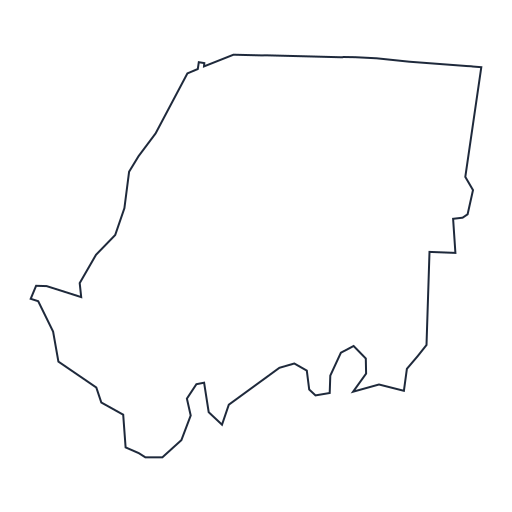 outline of Sumner, Tennessee, United States of America
{"feature_id": "52423323B49369040245103", "entity_name": "Sumner", "entity_type": "district", "adm_level": 2, "iso_a3": "USA", "parent_name": "United States of America", "parent_adm1": "Tennessee", "projection": "robinson", "projection_center": [-86.465, 36.449], "detail": "fine", "context": "isolated", "style": "outline", "palette": "slate", "viewbox_px": 512, "rotation_deg": 0, "n_neighbors": 0, "source": "geoboundaries", "source_scale": "gbopen_adm2", "svg_char_len": 984}
<svg xmlns="http://www.w3.org/2000/svg" viewBox="0 0 512 512"><path d="M481.3,67.2L472.5,66.5L472.3,66.4L470.1,66.2L467.6,66.1L409.2,61.7L376.7,58.3L355.4,57.2L343.3,57.0L342.3,57.3L312.5,56.5L265.7,55.3L262.6,55.4L261.6,55.4L233.5,54.7L204.0,66.4L204.3,63.1L198.8,62.2L197.8,69.0L187.4,73.4L155.6,133.4L138.6,156.1L129.1,171.7L124.4,208.2L115.2,235.0L96.0,254.8L79.7,283.1L81.2,297.1L46.6,286.1L36.1,285.8L30.7,298.8L38.2,301.2L53.1,331.6L58.4,361.6L96.3,387.5L101.3,402.5L123.2,414.7L125.6,447.4L138.9,453.2L145.3,457.3L162.4,457.3L181.4,440.1L190.7,415.5L186.9,398.6L196.4,384.2L204.1,382.7L208.7,412.2L222.0,424.7L228.8,404.7L279.4,367.8L294.3,363.5L306.8,370.6L309.2,389.5L315.5,395.4L329.7,393.0L330.3,375.6L340.9,352.7L353.6,346.0L365.8,358.5L366.1,373.6L353.1,391.7L379.0,384.5L403.9,390.8L406.9,368.8L417.7,356.1L426.5,345.0L429.5,251.9L455.4,252.9L453.1,218.8L462.6,217.7L467.6,214.3L473.0,190.1L465.3,176.9L481.3,67.2Z" fill="none" stroke="#1e293b" stroke-width="2"/></svg>